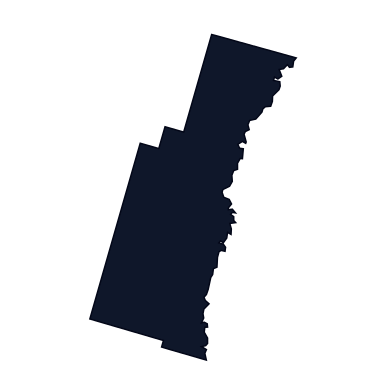 Roosevelt, Montana, United States of America (Natural Earth projection), rotated 286°
{"feature_id": "52423323B47296915924454", "entity_name": "Roosevelt", "entity_type": "district", "adm_level": 2, "iso_a3": "USA", "parent_name": "United States of America", "parent_adm1": "Montana", "projection": "natural_earth1", "projection_center": [-104.865, 48.28], "detail": "fine", "context": "isolated", "style": "filled", "palette": "ink", "viewbox_px": 384, "rotation_deg": 286, "n_neighbors": 0, "source": "geoboundaries", "source_scale": "gbopen_adm2", "svg_char_len": 1526}
<svg xmlns="http://www.w3.org/2000/svg" viewBox="0 0 384 384"><g transform="rotate(286 192 192)"><path d="M34.4,252.1L40.5,248.8L44.5,249.3L46.0,243.8L48.1,247.5L50.7,248.7L55.9,247.2L60.6,242.4L65.5,241.6L66.4,244.2L69.5,243.0L70.2,239.6L68.7,237.1L74.1,238.0L78.0,236.1L82.7,235.7L89.2,239.2L91.4,234.7L94.1,232.5L97.4,234.1L102.8,234.4L115.0,233.6L118.4,234.6L124.2,233.7L126.6,236.7L136.2,234.5L142.1,234.4L143.9,236.2L144.1,240.1L148.1,239.5L150.4,236.6L150.5,231.8L152.9,232.8L151.8,236.1L157.3,238.1L163.0,237.3L162.0,241.2L167.3,240.0L172.2,237.0L174.6,242.4L176.1,240.0L179.8,238.9L181.1,235.3L183.5,236.4L183.9,239.5L186.6,235.5L185.0,231.8L186.7,231.3L191.4,233.3L195.1,229.8L195.7,224.0L200.0,221.0L202.9,221.0L207.9,226.5L213.3,227.8L219.1,225.7L224.1,226.2L226.4,229.5L232.2,227.8L237.5,229.1L237.9,231.3L247.7,229.4L247.2,225.7L250.5,222.9L254.5,226.5L253.6,230.2L255.0,230.3L261.9,226.1L264.8,226.6L267.7,229.8L272.0,227.2L276.7,227.7L279.7,233.2L288.1,237.2L291.4,237.2L294.2,239.0L296.1,244.0L301.2,244.3L306.5,243.0L314.3,247.4L318.1,247.6L322.2,246.0L321.7,239.6L325.2,239.6L324.3,243.4L328.0,246.4L333.8,242.0L335.7,246.0L340.7,248.6L338.7,251.3L340.0,254.4L345.8,253.6L349.6,255.2L349.3,217.7L349.3,215.0L349.3,211.4L349.2,211.1L349.2,200.5L349.2,199.8L349.2,199.4L349.1,197.5L349.1,197.1L349.0,178.0L348.9,170.9L348.8,167.5L247.3,167.5L247.3,148.1L224.6,148.1L224.6,128.8L186.9,128.8L41.8,128.8L41.4,205.5L34.6,205.5L34.5,213.6L34.4,252.1Z" fill="#0f172a" stroke="#020617" stroke-width="1.5"/></g></svg>